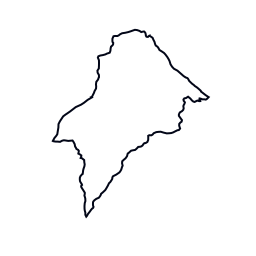 outline of Upper Jloh, Grand Kru, Liberia, rotated 197°
{"feature_id": "62588387B65725534392235", "entity_name": "Upper Jloh", "entity_type": "district", "adm_level": 2, "iso_a3": "LBR", "parent_name": "Liberia", "parent_adm1": "Grand Kru", "projection": "albers", "projection_center": [-8.476, 4.828], "detail": "fine", "context": "isolated", "style": "outline", "palette": "ink", "viewbox_px": 256, "rotation_deg": 197, "n_neighbors": 0, "source": "geoboundaries", "source_scale": "gbopen_adm2", "svg_char_len": 3516}
<svg xmlns="http://www.w3.org/2000/svg" viewBox="0 0 256 256"><g transform="rotate(197 128 128)"><path d="M142.0,31.0L141.6,31.9L141.1,34.2L140.1,36.8L139.4,38.9L138.8,40.3L138.0,41.4L137.9,42.5L138.6,43.3L139.2,44.8L139.7,46.6L139.7,47.5L139.0,49.1L137.6,51.0L135.5,52.8L134.8,54.6L134.5,56.0L134.5,57.2L133.3,59.0L131.6,62.0L131.1,63.9L130.4,67.0L130.0,69.7L129.2,71.0L128.5,73.3L128.2,74.8L128.5,76.3L128.2,77.5L125.6,80.0L123.3,82.9L122.8,84.1L122.3,86.1L122.3,89.1L122.1,90.4L123.4,92.6L123.8,94.5L122.8,96.3L121.5,98.3L120.7,100.7L120.8,103.5L120.0,104.5L118.4,107.2L116.8,108.1L114.8,109.1L114.0,110.3L113.4,111.4L112.7,112.9L111.0,113.6L109.9,114.3L109.0,115.5L108.5,117.2L107.9,118.3L106.8,118.7L105.4,120.3L105.2,122.5L105.7,124.3L106.2,125.9L106.4,126.4L105.6,127.3L103.6,127.8L102.6,128.8L101.9,130.5L99.8,132.3L97.8,133.2L95.6,134.0L92.5,134.0L89.3,134.2L87.4,134.9L85.2,135.8L83.5,137.0L82.4,138.1L80.1,140.3L78.8,140.9L78.0,142.7L78.7,143.7L79.7,145.1L80.2,146.9L79.6,148.4L78.6,149.7L78.7,151.3L81.2,153.2L82.9,154.5L83.3,155.9L83.0,158.0L81.3,159.9L80.5,161.5L80.5,163.1L81.4,164.9L81.5,165.8L81.1,167.7L81.1,169.2L82.7,170.3L83.3,171.5L82.8,172.8L81.3,173.6L79.7,175.5L77.0,174.4L74.8,173.0L73.3,172.4L71.9,172.4L70.8,173.5L69.7,174.5L67.8,174.5L66.7,174.9L67.0,175.7L68.1,176.2L68.2,177.2L67.6,177.3L66.6,177.3L64.9,177.2L63.6,177.7L61.9,177.9L61.1,178.8L60.6,179.7L59.9,181.1L60.3,181.2L63.3,182.1L67.5,183.7L68.9,184.2L69.3,184.9L72.1,186.2L74.0,187.0L76.4,187.7L77.7,188.4L79.5,189.0L81.7,190.1L83.2,190.9L83.6,191.2L84.2,191.9L85.2,192.8L85.9,193.1L87.4,193.2L87.7,193.2L88.0,193.4L88.4,193.4L90.2,194.0L91.3,194.5L97.5,197.3L101.4,198.1L103.8,199.5L106.0,201.4L107.8,204.1L109.4,205.8L111.2,207.4L113.8,209.3L115.5,210.3L118.1,211.1L120.7,211.8L122.2,213.3L123.5,214.3L125.6,215.0L126.7,216.3L127.9,218.2L129.6,219.9L130.8,221.4L132.5,222.0L134.2,222.4L134.3,222.7L134.7,222.4L135.6,220.9L137.0,220.7L137.9,221.5L138.5,222.9L139.2,224.0L140.3,224.8L140.9,225.0L142.5,224.2L143.4,223.6L145.3,224.2L147.9,224.3L150.1,223.9L151.9,222.6L153.5,221.4L155.8,219.8L158.4,218.3L161.3,216.9L162.9,215.4L164.0,213.8L165.0,212.9L167.4,212.2L168.7,211.5L169.0,208.9L168.5,207.1L168.0,205.8L167.0,205.1L166.7,203.5L167.1,202.3L168.0,200.9L167.9,199.1L167.4,196.7L167.5,194.7L168.7,193.8L169.9,193.0L171.1,191.8L173.3,190.4L175.7,189.2L177.3,187.9L177.4,186.5L175.6,184.3L174.8,181.9L174.1,179.5L173.3,176.4L174.0,173.9L173.2,172.0L171.3,170.2L170.6,168.1L170.8,167.2L170.8,165.6L171.8,162.9L171.4,160.4L170.6,158.5L170.1,156.4L170.8,153.3L170.8,151.8L171.6,147.2L172.0,146.9L171.5,146.7L174.8,143.1L177.5,139.2L179.8,136.5L184.1,132.7L188.2,126.9L190.9,123.5L191.5,122.8L193.4,120.2L195.1,114.4L195.6,111.4L194.7,108.1L194.2,104.2L193.8,101.3L194.4,99.3L195.4,97.0L196.1,93.6L195.7,93.5L194.1,93.7L193.0,93.9L192.7,94.0L191.3,94.4L188.9,94.9L187.5,96.4L186.2,97.3L184.9,97.7L183.4,97.9L181.3,98.2L178.9,99.2L177.4,99.8L176.2,98.9L174.3,97.0L173.1,94.7L172.3,94.2L171.2,92.9L169.3,92.5L168.3,91.7L168.1,90.1L168.0,89.0L166.3,88.7L164.6,88.1L164.4,87.1L164.5,85.5L163.2,85.6L162.0,85.1L160.6,84.6L159.7,82.3L158.8,80.6L158.5,78.7L158.6,76.1L158.5,74.3L158.2,72.7L157.9,70.8L158.4,70.3L159.4,68.0L159.5,66.3L159.0,64.6L158.4,63.2L157.5,62.2L155.9,60.9L155.3,60.1L155.8,59.3L155.6,58.1L154.6,57.1L152.8,55.6L150.4,53.5L150.1,52.4L149.9,50.6L148.9,49.2L148.2,48.0L147.4,45.7L147.4,43.5L146.8,40.7L146.0,38.2L145.3,36.6L144.0,34.5L143.4,32.5L142.0,31.0Z" fill="none" stroke="#020617" stroke-width="2"/></g></svg>